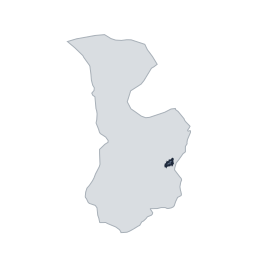 Grundzāles pag., Smiltenes, Latvia shown in context, rotated 74°
{"feature_id": "27541924B22887271928522", "entity_name": "Grundzāles pag.", "entity_type": "district", "adm_level": 2, "iso_a3": "LVA", "parent_name": "Latvia", "parent_adm1": "Smiltenes", "projection": "albers", "projection_center": [26.243, 57.466], "detail": "fine", "context": "in_parent", "style": "filled", "palette": "slate", "viewbox_px": 256, "rotation_deg": 74, "n_neighbors": 0, "source": "geoboundaries", "source_scale": "gbopen_adm2", "svg_char_len": 3556}
<svg xmlns="http://www.w3.org/2000/svg" viewBox="0 0 256 256"><g transform="rotate(74 128 128)"><path d="M183.3,188.1L181.9,187.9L177.9,186.3L174.5,184.0L172.5,180.9L169.0,176.7L166.7,174.5L163.1,171.8L157.2,166.2L155.1,164.9L144.5,162.3L140.7,161.2L137.3,154.8L136.3,151.2L134.6,150.5L132.7,151.2L130.6,151.9L125.8,156.1L124.2,156.6L121.3,156.6L114.4,157.3L111.3,155.7L105.9,153.8L103.0,153.4L100.4,153.4L88.9,151.2L86.7,152.9L84.5,153.2L82.6,150.3L80.1,149.3L77.2,150.1L72.0,150.0L66.0,148.8L58.2,147.6L57.0,147.8L48.1,151.0L46.0,151.4L36.1,157.1L28.2,162.4L28.1,152.9L30.0,134.1L31.8,124.8L37.3,119.8L40.1,115.7L42.0,110.2L42.8,105.0L44.1,100.7L52.2,88.8L58.1,87.8L66.0,84.8L74.8,82.4L76.3,86.2L77.0,89.0L86.9,99.7L89.4,103.3L93.0,115.2L102.6,121.5L110.4,119.9L113.8,117.1L120.2,112.0L123.0,108.2L123.7,104.4L123.0,88.4L121.6,81.4L122.3,77.1L123.3,77.3L125.9,75.3L134.5,71.6L136.1,71.5L138.1,70.7L143.4,67.9L145.1,69.5L146.5,71.3L147.3,71.3L147.7,70.7L147.6,69.5L148.0,68.7L149.5,69.2L155.6,74.1L157.9,75.2L159.5,75.6L161.5,77.9L166.7,79.4L167.3,80.6L167.7,82.0L172.7,88.2L174.9,91.3L179.3,94.1L181.2,94.8L188.9,91.8L191.1,90.8L192.8,90.8L194.7,92.3L198.8,94.3L202.6,94.8L203.3,94.7L206.4,94.9L207.6,95.6L208.4,99.5L212.0,102.6L215.5,105.0L216.3,106.2L216.7,108.5L216.5,111.2L216.1,112.6L214.7,114.2L213.6,118.2L213.5,122.1L211.7,128.7L212.1,128.9L216.2,127.6L217.4,128.2L218.3,129.7L218.7,133.8L220.1,135.7L221.6,138.6L222.1,140.8L224.8,143.5L225.1,145.2L226.8,151.4L227.6,154.9L227.9,157.7L227.2,161.2L226.6,163.6L225.8,163.5L223.4,164.2L219.7,167.1L214.2,174.0L212.7,175.5L211.3,180.7L211.0,181.2L207.7,181.0L206.8,180.9L203.5,181.1L196.2,179.8L193.4,180.8L189.8,186.0L188.4,186.8L184.1,187.5L183.3,188.1Z" fill="#d9dde1" stroke="#a8b0b8" stroke-width="1"/><path d="M171.7,99.4L171.8,99.3L172.0,99.3L172.1,99.2L172.2,99.3L172.1,99.5L172.3,99.5L172.3,99.8L172.2,99.8L172.2,100.0L172.1,100.3L172.3,100.5L172.3,100.4L172.4,100.5L173.3,100.6L173.1,102.0L174.7,102.8L174.8,102.8L174.9,102.7L175.0,102.7L175.3,102.5L175.2,102.5L175.3,102.5L175.3,102.4L175.2,102.4L175.2,102.5L175.0,102.4L175.0,102.5L174.9,102.5L174.7,102.4L174.8,102.3L174.6,101.8L174.7,101.7L174.9,101.6L174.9,101.4L175.0,101.4L175.3,101.4L175.2,101.3L175.1,101.2L175.1,100.9L175.2,100.7L175.2,100.4L175.3,100.4L175.4,100.2L175.5,100.1L175.4,99.9L175.2,99.6L174.9,99.5L174.7,99.6L174.5,99.4L174.4,99.4L174.8,99.2L174.7,98.9L174.6,98.6L175.0,98.7L175.3,98.5L175.3,98.4L175.4,98.5L175.5,98.4L175.3,98.3L175.3,98.2L175.6,98.1L175.2,98.1L175.2,96.4L175.2,96.2L175.1,95.9L175.3,95.7L175.5,95.7L175.4,95.6L175.4,95.4L175.5,95.4L175.4,95.3L175.5,95.3L175.4,95.3L175.3,95.2L175.2,95.2L175.0,95.3L174.9,95.3L174.7,95.5L174.6,95.4L174.8,95.3L174.7,95.3L174.5,95.2L174.4,95.3L174.1,95.4L174.1,95.6L173.9,95.8L173.9,95.7L173.5,95.4L173.4,95.4L173.3,95.6L173.2,95.6L173.1,95.3L173.1,95.1L173.2,94.7L173.5,94.7L173.8,94.4L173.7,94.4L173.2,94.5L172.9,94.6L172.6,94.5L172.5,94.3L172.4,94.2L172.2,94.2L171.8,94.1L171.6,94.3L171.5,94.5L171.3,94.4L170.9,94.3L170.8,94.2L170.7,94.0L170.7,93.7L170.4,93.6L170.3,93.3L170.2,93.3L169.9,93.4L169.9,93.6L169.6,93.7L169.6,93.8L169.8,93.9L169.8,94.0L170.0,94.2L170.0,94.3L170.2,94.5L170.3,94.5L170.4,94.8L170.4,95.1L170.5,95.2L170.5,95.3L170.6,95.5L170.8,95.6L170.8,95.9L170.9,96.1L170.8,96.4L170.7,96.6L170.6,96.8L170.4,96.9L170.4,97.0L170.6,97.0L170.8,97.3L171.0,97.6L171.4,97.8L171.5,97.8L171.9,98.0L172.0,98.0L172.0,98.5L172.1,98.8L171.9,99.0L171.7,99.2L171.8,99.2L171.7,99.2L171.7,99.3L171.7,99.4Z" fill="#64748b" stroke="#1e293b" stroke-width="1.5"/></g></svg>